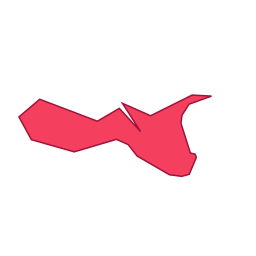 Kalawao, Hawaii, United States of America, rotated 147°
{"feature_id": "52423323B8965190317075", "entity_name": "Kalawao", "entity_type": "district", "adm_level": 2, "iso_a3": "USA", "parent_name": "United States of America", "parent_adm1": "Hawaii", "projection": "albers", "projection_center": [-156.961, 21.174], "detail": "fine", "context": "isolated", "style": "filled", "palette": "rose", "viewbox_px": 256, "rotation_deg": 147, "n_neighbors": 0, "source": "geoboundaries", "source_scale": "gbopen_adm2", "svg_char_len": 444}
<svg xmlns="http://www.w3.org/2000/svg" viewBox="0 0 256 256"><g transform="rotate(147 128 128)"><path d="M186.1,137.3L143.9,124.8L136.9,114.0L135.6,99.4L118.7,66.2L109.3,58.2L101.9,55.8L86.7,66.1L86.0,69.5L89.3,73.2L81.0,103.1L75.7,109.3L63.9,114.7L40.6,109.3L56.3,120.7L102.4,126.0L119.2,151.7L119.4,118.1L124.6,149.2L150.0,150.4L186.4,200.2L213.4,196.7L215.4,170.8L186.1,137.3Z" fill="#f43f5e" stroke="#9f1239" stroke-width="1.5"/></g></svg>